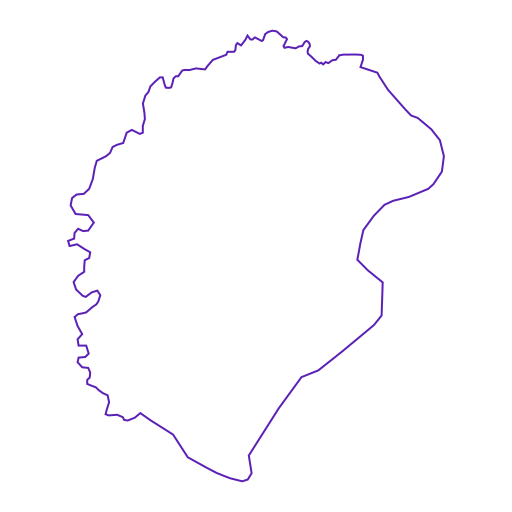 Kwali, Federal Capital Territory, Nigeria
{"feature_id": "59680162B82021418174103", "entity_name": "Kwali", "entity_type": "district", "adm_level": 2, "iso_a3": "NGA", "parent_name": "Nigeria", "parent_adm1": "Federal Capital Territory", "projection": "robinson", "projection_center": [6.945, 8.73], "detail": "fine", "context": "isolated", "style": "outline", "palette": "violet", "viewbox_px": 512, "rotation_deg": 0, "n_neighbors": 0, "source": "geoboundaries", "source_scale": "gbopen_adm2", "svg_char_len": 2483}
<svg xmlns="http://www.w3.org/2000/svg" viewBox="0 0 512 512"><path d="M363.0,59.6L362.9,55.7L361.0,54.8L354.9,54.5L347.3,54.6L347.2,54.6L343.6,54.6L342.4,54.8L339.0,55.4L338.9,55.9L335.8,59.8L332.4,60.2L328.4,63.1L325.5,62.1L323.2,64.4L321.3,62.7L319.5,63.5L315.8,61.0L311.5,56.8L307.8,53.5L307.6,51.5L308.2,48.7L309.9,46.4L309.7,44.0L308.4,42.0L306.6,40.9L304.8,41.9L302.2,46.1L299.1,46.4L295.6,48.3L288.2,47.0L284.5,47.8L283.5,46.0L284.1,45.0L287.0,39.1L285.8,37.5L285.7,37.5L283.3,37.3L276.7,31.4L272.3,30.7L268.1,32.0L265.2,34.1L263.0,40.2L261.8,41.0L254.9,37.4L252.5,39.5L250.4,39.4L247.5,35.6L245.3,39.9L241.1,45.4L237.4,43.1L235.9,45.2L235.3,50.3L234.0,51.8L227.5,51.8L226.2,54.8L212.8,59.9L207.2,66.4L205.5,68.9L205.1,69.4L196.0,68.4L189.2,70.1L185.1,69.9L182.2,70.5L178.2,76.3L175.9,76.2L173.5,78.4L172.6,82.8L171.1,87.4L169.0,87.9L165.9,87.7L164.8,85.2L162.7,77.4L159.9,77.4L154.9,81.8L150.4,86.4L148.4,92.1L145.4,95.5L142.9,103.5L144.4,112.7L144.9,119.0L142.8,125.9L142.8,132.7L139.8,133.9L131.8,129.9L126.7,132.7L123.2,143.0L117.4,144.7L117.2,144.7L112.6,147.0L110.1,152.8L106.1,156.2L96.8,160.8L94.8,167.6L92.8,179.1L89.2,188.8L83.7,193.9L76.6,194.5L72.1,198.0L70.6,205.4L75.6,214.0L88.2,215.1L93.8,222.6L88.2,230.6L83.2,231.1L78.1,228.8L74.6,232.9L74.1,238.6L68.1,240.9L69.6,246.0L77.1,244.3L84.2,248.9L90.2,252.3L89.2,258.0L84.7,260.3L84.2,267.2L84.2,271.8L78.1,275.8L73.6,282.1L76.1,289.5L82.7,295.8L85.7,296.9L91.7,292.4L97.3,290.6L100.3,295.2L98.3,301.5L96.3,304.4L92.2,307.2L86.2,312.4L81.7,313.5L78.1,314.1L74.6,317.0L77.6,326.1L82.2,334.1L77.6,339.3L78.6,345.6L86.2,345.6L88.7,353.6L85.2,357.0L78.6,357.6L77.6,362.2L82.2,367.3L88.2,367.9L90.2,372.5L89.7,377.6L87.2,379.9L87.2,383.9L91.2,385.6L95.8,387.3L98.8,390.2L102.8,393.1L107.6,395.3L109.1,402.2L106.6,410.2L105.6,414.2L108.6,415.4L117.2,414.8L122.7,417.1L124.2,419.9L127.7,420.5L134.8,417.7L140.3,413.1L146.3,417.3L150.7,420.4L173.1,434.6L187.8,457.3L206.4,467.6L216.5,472.9L222.5,475.3L230.2,478.3L242.3,481.3L247.8,479.5L251.6,473.2L250.7,467.4L248.8,455.5L278.9,408.1L301.5,377.1L318.3,370.4L342.5,351.2L374.0,325.0L381.6,315.5L382.0,303.8L382.7,282.4L367.8,270.3L357.3,259.7L358.0,256.1L358.5,253.6L360.4,243.2L363.4,230.0L373.9,215.7L384.5,204.8L393.1,200.8L409.0,196.9L428.3,188.8L433.4,184.2L441.9,171.6L442.8,164.6L443.9,156.2L439.9,140.2L431.3,129.3L417.7,117.9L411.2,115.6L405.2,109.3L388.0,89.8L379.5,76.7L377.4,72.7L360.5,67.1L363.0,59.6Z" fill="none" stroke="#5b21b6" stroke-width="2"/></svg>